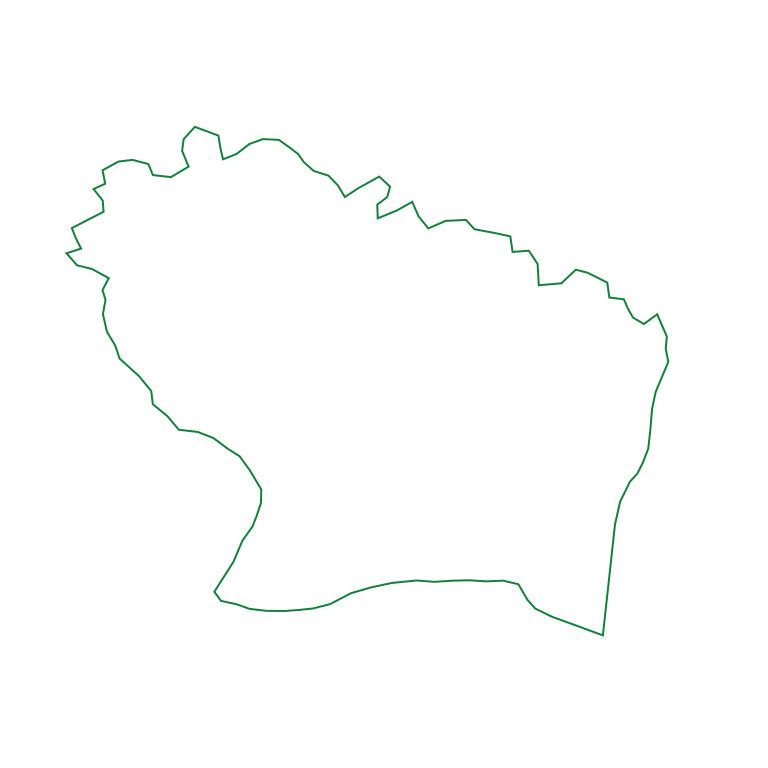 Prado Ferreira, Paraná, Brazil (Equal Earth projection), rotated 259°
{"feature_id": "56859067B46889814534801", "entity_name": "Prado Ferreira", "entity_type": "district", "adm_level": 2, "iso_a3": "BRA", "parent_name": "Brazil", "parent_adm1": "Paraná", "projection": "equal_earth", "projection_center": [-51.389, -23.027], "detail": "fine", "context": "isolated", "style": "outline", "palette": "green", "viewbox_px": 768, "rotation_deg": 259, "n_neighbors": 0, "source": "geoboundaries", "source_scale": "gbopen_adm2", "svg_char_len": 1663}
<svg xmlns="http://www.w3.org/2000/svg" viewBox="0 0 768 768"><g transform="rotate(259 384 384)"><path d="M572.9,97.3L559.0,105.4L552.6,119.3L540.4,134.0L529.9,125.6L519.7,126.7L506.2,121.4L488.2,122.0L473.1,127.5L459.4,129.3L438.5,145.0L421.4,154.2L408.3,153.2L393.8,165.2L378.2,173.9L372.5,192.0L363.5,206.2L350.0,218.5L340.6,228.5L325.0,235.8L303.8,243.4L290.7,240.5L278.6,233.7L269.2,227.7L257.2,215.1L238.1,202.2L212.4,177.8L202.2,182.6L195.8,197.5L188.9,209.1L183.7,225.6L180.1,243.4L178.4,257.6L177.2,271.5L178.2,289.1L184.9,311.4L186.8,332.1L187.2,353.9L184.9,378.5L180.2,395.6L177.8,414.2L174.9,431.0L170.8,446.5L168.2,463.5L161.8,477.7L144.6,483.7L134.6,489.7L123.5,504.4L109.0,528.6L101.5,540.9L95.5,550.9L201.9,583.9L223.4,593.3L241.1,606.7L247.7,615.6L257.3,623.0L270.2,631.1L287.2,636.4L308.4,642.4L324.4,649.2L338.5,658.6L351.6,667.3L365.1,667.3L376.6,670.7L400.3,665.5L393.3,650.5L401.7,641.1L411.9,637.7L421.4,635.6L425.9,621.7L441.0,622.5L454.5,604.9L459.6,594.1L449.0,577.3L451.4,554.8L472.5,557.7L487.2,551.6L489.1,535.4L504.8,536.2L511.2,521.2L518.7,502.3L529.4,495.8L532.4,475.6L528.3,457.2L542.0,449.9L557.4,446.5L551.9,429.7L547.8,409.5L561.3,411.6L567.0,422.9L576.6,427.6L588.5,418.9L581.1,396.1L575.0,381.2L587.6,376.7L599.1,369.3L606.5,355.7L617.1,347.6L626.1,343.6L633.8,336.8L643.7,327.4L647.5,311.9L645.3,297.7L637.9,283.0L635.3,268.9L645.9,268.4L659.4,268.9L672.5,247.4L662.5,234.0L651.4,230.3L634.7,233.7L627.7,214.3L633.2,197.0L644.9,194.6L652.0,179.9L653.0,165.8L647.5,148.5L633.8,148.5L630.8,136.1L617.7,142.9L606.6,141.6L596.6,107.3L585.6,109.4L574.7,112.5L572.9,97.3Z" fill="none" stroke="#15803d" stroke-width="2"/></g></svg>